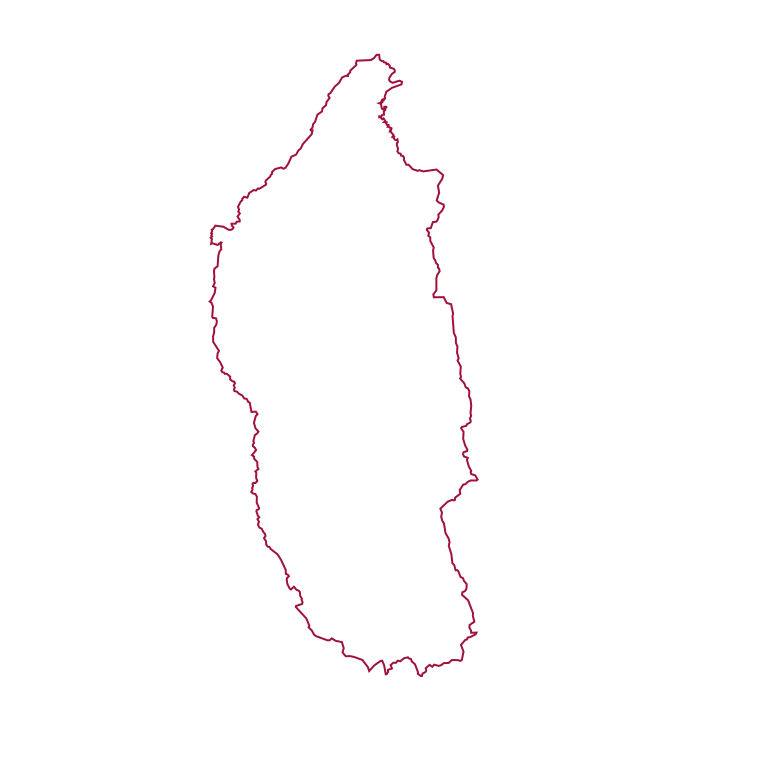 outline of Long, Phrae, Thailand, rotated 137°
{"feature_id": "78962969B48493646022270", "entity_name": "Long", "entity_type": "district", "adm_level": 2, "iso_a3": "THA", "parent_name": "Thailand", "parent_adm1": "Phrae", "projection": "orthographic", "projection_center": [99.83, 18.152], "detail": "fine", "context": "isolated", "style": "outline", "palette": "rose", "viewbox_px": 768, "rotation_deg": 137, "n_neighbors": 0, "source": "geoboundaries", "source_scale": "gbopen_adm2", "svg_char_len": 6166}
<svg xmlns="http://www.w3.org/2000/svg" viewBox="0 0 768 768"><g transform="rotate(137 384 384)"><path d="M491.5,494.3L493.4,492.3L493.0,489.3L491.9,487.9L492.5,486.2L494.9,485.4L495.7,483.0L497.5,482.3L498.2,480.8L496.7,478.6L496.7,475.8L495.5,472.3L496.1,468.8L494.6,466.8L495.5,463.3L494.9,461.9L500.0,454.0L496.6,451.2L497.1,448.2L499.7,448.0L505.7,444.2L508.2,439.2L508.3,434.9L510.4,434.3L513.3,434.7L518.5,431.3L519.0,429.8L521.5,428.9L522.3,427.8L521.9,425.5L522.6,422.9L529.2,422.0L528.5,419.5L529.9,418.0L529.9,413.4L533.0,409.8L533.8,407.5L537.7,407.8L538.0,406.1L541.5,402.6L542.8,399.5L545.6,399.2L546.9,400.8L548.3,400.6L549.2,398.7L551.3,397.9L552.3,396.3L554.7,395.6L554.5,393.3L553.1,391.2L553.8,388.3L558.0,384.1L560.0,378.3L561.3,377.9L563.0,378.6L564.1,378.0L566.1,373.7L566.1,371.7L568.7,371.5L569.3,368.6L572.0,367.2L573.1,363.8L572.1,361.6L573.2,358.1L573.2,355.6L574.4,353.6L576.9,353.1L577.5,349.5L579.6,347.0L580.0,344.4L578.9,343.0L579.4,340.5L578.0,331.9L579.4,325.0L582.7,315.0L585.3,312.1L584.4,310.3L584.6,308.3L587.3,308.2L588.5,307.4L591.1,303.6L592.5,298.6L592.2,297.2L588.1,297.2L588.4,293.2L587.4,291.2L587.4,289.3L589.8,286.1L590.6,282.8L591.4,282.5L592.4,279.9L594.0,279.0L599.7,281.7L600.6,281.0L600.7,265.5L603.5,258.0L605.1,257.5L604.9,253.0L606.1,248.4L605.7,246.0L600.2,235.2L598.5,233.6L595.7,233.6L594.5,229.1L590.8,224.0L593.6,218.3L597.3,216.0L597.7,211.8L597.4,210.7L594.6,208.4L592.1,204.9L588.0,196.9L588.9,187.8L590.6,184.2L582.9,184.8L575.6,183.8L574.0,182.9L575.8,178.1L580.7,170.5L580.1,170.0L577.7,170.5L576.0,172.2L572.2,170.5L570.9,173.9L567.3,173.8L565.5,172.0L562.8,172.3L561.1,170.1L556.5,169.8L552.9,167.8L553.1,166.6L551.8,164.4L552.9,162.2L552.5,157.8L555.7,150.0L556.9,149.0L556.2,145.3L555.3,144.6L553.4,145.9L550.2,145.1L548.6,145.5L547.3,147.7L542.2,147.5L541.5,144.3L538.7,144.5L536.3,140.6L534.1,139.4L530.7,139.1L526.9,135.9L522.7,135.9L518.0,131.4L517.3,129.6L515.4,129.0L508.3,134.1L505.7,140.7L499.0,141.4L497.6,140.6L495.7,141.5L493.8,140.2L487.7,138.4L485.9,139.1L489.9,142.6L488.5,144.4L487.6,147.8L485.7,149.4L480.1,148.5L477.1,153.9L475.1,155.8L470.0,168.4L470.7,176.7L468.7,178.2L466.0,177.3L463.5,177.9L460.0,181.2L459.8,185.7L458.6,187.9L459.6,190.8L457.3,196.5L457.4,197.9L458.7,198.9L456.2,203.4L456.1,206.4L450.8,213.6L447.0,221.5L444.0,223.5L442.1,226.9L440.7,233.0L435.2,241.2L434.7,244.1L432.8,247.8L429.3,250.4L427.8,254.4L417.6,254.5L413.1,252.8L412.3,251.2L411.2,250.9L409.4,252.4L403.0,251.7L401.0,254.8L394.6,256.4L392.8,255.2L389.5,255.3L386.5,254.4L382.1,250.3L380.7,250.3L379.6,255.0L381.7,258.7L380.7,260.5L379.5,260.9L378.2,265.9L375.2,271.8L373.1,272.9L374.9,276.4L374.2,278.6L372.3,279.9L369.0,278.3L367.8,279.1L366.6,283.6L363.5,289.9L358.5,294.7L357.7,299.2L356.4,299.5L352.3,297.3L350.7,298.0L347.1,297.0L345.7,297.8L344.8,300.1L342.0,301.3L340.7,303.6L335.0,308.6L331.2,313.8L330.2,317.0L326.6,320.4L325.6,323.6L326.5,325.7L324.8,329.8L324.6,336.1L322.7,336.8L321.2,339.5L316.0,344.3L314.2,351.0L311.8,351.9L309.2,357.1L304.8,361.3L303.4,365.0L299.6,369.2L298.1,373.7L287.5,387.0L285.4,388.4L280.5,396.6L282.9,400.5L281.1,406.8L288.4,413.4L286.8,415.9L281.9,416.7L273.6,425.6L271.0,427.3L266.3,428.6L265.0,431.0L265.2,432.2L263.3,434.4L263.4,437.3L262.2,439.4L261.8,442.2L257.2,448.0L254.5,450.0L252.6,457.0L250.1,459.8L250.5,462.2L247.8,464.0L247.6,467.6L246.3,468.2L243.5,466.1L237.8,469.1L235.2,467.1L233.5,467.2L230.2,468.8L228.8,470.8L222.9,471.3L219.2,472.8L218.1,474.5L220.2,479.6L220.2,482.4L213.2,486.3L209.3,492.3L201.3,494.4L198.3,496.5L199.3,505.0L210.4,512.8L212.3,516.3L213.9,516.8L216.5,521.5L216.5,527.5L218.1,529.1L216.6,534.4L215.2,535.5L214.6,537.7L215.7,539.4L214.8,541.1L215.9,542.8L215.5,545.1L213.4,546.4L211.4,550.3L210.4,551.3L209.0,551.3L207.3,553.8L208.7,554.1L209.4,555.1L209.3,557.2L208.2,557.7L209.3,559.0L207.2,559.4L207.1,564.1L205.6,565.0L206.8,565.1L204.3,566.7L205.8,569.5L204.7,569.5L204.0,570.3L205.1,571.5L204.7,573.1L203.6,573.5L205.4,575.5L203.7,575.5L203.2,578.5L204.7,578.7L204.8,580.2L203.9,581.1L205.6,582.4L204.8,583.0L203.5,581.5L201.9,582.0L200.3,581.0L198.1,583.7L196.5,583.4L194.0,585.1L192.6,584.6L194.7,586.5L196.0,585.3L197.3,585.7L197.7,587.0L195.2,590.9L196.0,592.6L193.2,591.1L192.5,592.0L190.9,591.7L190.8,592.3L192.3,592.8L191.3,593.2L188.6,592.0L187.5,593.7L183.0,596.1L176.2,595.2L166.9,591.2L164.7,592.7L165.9,595.3L172.4,598.5L173.2,601.4L172.9,602.9L171.3,604.3L166.5,605.4L163.2,604.9L161.9,606.7L162.0,608.1L163.9,611.5L162.7,612.8L162.8,615.5L164.0,616.2L163.3,617.4L164.6,619.3L164.3,620.5L165.4,621.6L165.8,624.3L163.0,628.1L165.0,629.8L169.1,629.2L172.6,629.8L183.4,639.0L185.7,637.8L186.5,636.2L195.0,636.2L196.2,635.0L199.6,634.9L200.3,633.8L201.5,635.3L205.4,636.8L211.8,634.9L217.1,635.1L224.8,633.3L227.0,633.8L228.2,632.7L228.7,630.3L233.8,629.4L236.3,627.4L240.8,627.7L243.5,625.6L249.0,626.4L255.7,622.7L258.6,622.4L261.4,620.3L264.3,620.0L264.5,619.4L263.3,618.2L266.5,616.0L279.8,614.8L284.3,613.0L287.3,613.2L291.9,611.7L296.7,613.4L303.5,610.5L308.5,609.3L310.8,610.1L311.5,612.5L317.1,615.5L321.3,615.4L322.4,614.1L324.4,614.1L325.7,613.3L331.6,613.4L333.0,612.7L333.6,610.7L334.5,610.3L342.1,611.8L342.8,613.0L345.7,612.8L347.0,614.7L352.2,615.6L356.9,613.5L358.6,616.4L361.3,616.1L362.3,615.1L364.5,615.1L370.0,613.1L371.0,610.5L373.0,609.4L373.1,607.1L377.0,606.3L377.5,602.6L378.7,601.3L381.2,603.2L383.1,602.4L386.2,605.2L387.3,603.6L387.1,601.3L388.6,600.6L390.8,601.1L392.5,602.8L394.1,608.4L399.3,614.8L403.3,613.9L404.8,614.3L405.8,612.7L407.5,612.2L407.4,610.9L409.0,610.5L409.2,609.0L411.1,609.1L411.0,607.4L414.8,604.4L413.5,603.9L410.9,599.2L406.8,598.9L406.4,598.2L408.1,597.6L411.0,593.6L413.7,593.2L417.2,591.2L425.4,583.6L429.2,584.0L431.4,582.5L435.0,578.0L436.9,576.6L438.8,573.4L442.4,572.0L441.6,569.3L445.8,566.0L453.1,563.3L455.3,563.2L454.8,561.1L456.2,557.3L463.8,550.3L464.1,549.0L462.1,546.7L463.3,544.0L466.1,541.8L469.9,540.9L473.1,537.5L476.5,535.4L480.2,531.3L482.1,520.8L484.9,519.8L488.4,516.7L488.9,511.8L490.8,505.9L493.8,504.8L494.2,502.8L493.2,501.4L493.5,500.1L492.0,498.7L491.5,494.3Z" fill="none" stroke="#9f1239" stroke-width="2"/></g></svg>